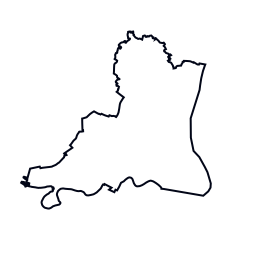 Phuc Tho, Ha Noi, Vietnam (Robinson projection), rotated 102°
{"feature_id": "81297802B65234108276491", "entity_name": "Phuc Tho", "entity_type": "district", "adm_level": 2, "iso_a3": "VNM", "parent_name": "Vietnam", "parent_adm1": "Ha Noi", "projection": "robinson", "projection_center": [105.577, 21.11], "detail": "fine", "context": "isolated", "style": "outline", "palette": "ink", "viewbox_px": 256, "rotation_deg": 102, "n_neighbors": 0, "source": "geoboundaries", "source_scale": "gbopen_adm2", "svg_char_len": 5821}
<svg xmlns="http://www.w3.org/2000/svg" viewBox="0 0 256 256"><g transform="rotate(102 128 128)"><path d="M178.6,40.3L173.3,36.3L169.2,34.9L165.0,35.5L154.7,41.1L150.2,44.7L141.6,52.2L136.8,59.1L124.4,64.5L105.5,68.7L75.9,65.9L71.4,66.3L64.1,66.7L56.6,66.5L51.0,65.8L49.8,65.6L50.0,71.5L51.2,71.8L51.4,73.3L50.0,77.3L50.5,77.5L49.9,80.3L49.8,81.2L50.2,84.3L50.7,87.2L51.4,87.1L51.5,87.7L51.9,87.8L52.0,88.3L53.5,88.3L54.5,88.9L55.9,89.0L57.0,92.6L57.6,93.3L58.1,93.6L59.2,93.6L59.4,93.8L59.8,94.5L60.3,95.8L59.0,96.0L58.8,96.6L57.7,97.0L55.3,99.3L55.1,99.8L54.9,100.4L55.0,101.2L54.9,101.8L54.7,102.1L53.9,102.9L52.8,101.4L52.3,102.0L51.4,101.0L50.3,102.2L50.8,102.9L50.3,103.4L50.0,103.5L47.8,101.0L47.2,101.9L47.8,103.3L47.2,103.6L47.0,103.9L46.9,104.3L46.7,106.4L45.6,107.9L45.5,108.5L44.7,108.8L44.3,108.7L43.7,108.3L43.0,107.3L41.8,108.2L40.7,109.3L40.4,110.1L40.0,110.2L39.8,109.9L38.4,109.3L38.0,109.6L37.1,110.8L37.6,111.6L37.7,112.1L37.8,113.2L37.8,114.5L37.6,114.9L36.4,116.2L35.6,117.6L35.2,118.3L35.1,118.8L35.1,119.3L35.3,119.5L34.5,119.3L34.3,119.8L35.1,121.2L35.0,122.3L34.1,122.3L34.2,122.8L33.3,123.5L32.7,124.5L33.4,126.1L34.2,126.6L34.0,127.8L34.1,128.1L34.2,128.3L34.9,128.5L35.0,128.8L35.1,129.2L35.1,129.7L34.4,130.1L34.0,130.8L34.9,132.4L38.6,132.5L38.1,134.8L38.1,135.2L38.7,136.4L38.7,136.9L38.3,137.7L38.3,138.3L38.2,138.6L38.0,139.0L37.9,139.5L36.1,141.8L35.8,141.6L35.4,141.6L34.8,142.5L34.5,142.8L33.9,142.7L33.3,142.7L32.6,143.0L32.9,143.8L33.5,143.7L33.8,143.9L34.1,144.6L34.1,145.1L34.1,145.4L33.2,145.8L33.3,146.5L33.6,146.7L33.6,146.8L33.7,147.6L33.9,147.9L34.1,147.9L34.9,147.7L35.3,147.8L35.9,147.9L36.3,147.9L37.9,147.5L38.5,147.1L39.4,146.8L40.1,146.6L40.3,146.4L40.2,145.7L40.1,144.8L40.3,144.6L40.6,144.6L41.2,144.9L42.0,145.6L42.8,146.5L43.4,147.0L43.8,147.2L45.0,147.7L45.1,147.9L45.0,148.5L44.6,148.7L43.7,148.7L43.5,149.0L43.6,149.3L45.1,150.6L45.3,150.9L45.6,151.9L45.9,152.3L46.4,152.9L48.4,154.2L48.7,154.3L49.0,154.2L49.8,153.8L50.0,153.6L49.8,153.1L49.7,152.7L49.9,152.2L50.2,151.8L51.2,152.0L51.2,151.6L51.6,151.7L52.0,152.0L52.0,152.5L51.6,153.5L51.7,154.0L52.2,154.3L53.3,154.4L54.2,154.2L54.5,154.2L55.2,154.6L55.3,154.6L55.8,154.3L56.6,154.2L57.0,154.5L57.2,155.4L57.4,155.5L58.8,155.6L59.1,155.8L59.3,155.8L59.6,155.6L61.3,155.1L62.2,155.1L63.0,155.4L63.4,155.4L63.5,155.1L63.5,154.5L63.7,154.1L64.4,152.6L65.5,152.6L66.5,153.1L67.4,154.1L68.2,154.5L69.1,154.6L71.7,154.2L75.5,153.5L77.7,153.2L78.5,150.9L79.2,149.6L80.3,149.3L80.7,149.1L81.0,148.6L81.7,146.9L81.9,146.6L82.4,147.0L82.6,148.1L82.7,148.4L83.0,148.5L85.0,149.6L85.9,149.3L86.0,149.2L86.5,147.8L86.7,147.5L86.8,147.5L87.7,148.3L88.1,148.4L89.1,147.9L89.0,147.0L89.0,146.6L89.1,146.3L89.6,145.4L90.4,145.5L91.6,145.4L91.9,145.8L92.1,145.9L93.5,145.6L95.0,146.6L96.4,143.8L98.9,138.5L100.7,139.3L104.6,140.7L106.4,140.9L110.9,140.6L114.8,140.5L117.1,140.9L118.6,141.4L119.5,141.8L119.3,142.2L119.6,142.3L119.2,143.3L119.2,144.0L119.2,144.8L119.7,146.2L119.7,146.8L119.6,147.0L119.4,148.8L120.8,149.3L120.5,152.5L120.2,154.3L119.6,156.9L120.5,157.7L120.1,159.4L120.3,159.7L118.8,164.7L120.1,166.1L121.3,167.2L122.3,168.1L126.1,170.7L128.1,174.3L128.3,174.8L133.0,173.7L139.1,172.2L139.2,171.6L140.6,171.2L141.1,172.4L141.7,174.8L141.9,175.0L143.0,175.3L144.2,175.9L145.9,176.4L148.4,176.6L149.3,176.9L149.9,177.3L150.8,178.0L152.0,178.8L154.2,179.7L156.1,180.6L156.9,181.1L158.9,178.3L166.2,185.2L166.9,184.5L165.9,183.6L167.2,182.5L168.4,184.5L170.1,184.5L170.9,185.1L176.1,188.2L177.0,189.2L178.6,190.5L179.4,191.4L181.2,194.0L181.6,194.4L182.4,196.6L183.2,199.0L184.6,203.1L185.5,205.3L184.1,206.3L188.1,215.3L197.6,215.9L197.3,219.6L197.9,220.0L198.3,219.8L198.6,219.0L199.3,217.8L199.4,215.8L200.4,215.7L200.5,215.8L200.7,216.1L201.7,216.2L201.9,216.2L202.3,215.9L202.5,215.7L202.4,214.2L202.6,213.1L204.2,213.0L204.4,213.9L204.3,214.9L204.1,215.8L203.8,217.6L202.6,218.1L202.5,218.9L202.7,220.8L203.8,221.1L204.1,220.4L204.4,219.4L205.3,217.4L205.8,216.8L206.6,216.2L206.2,215.5L205.8,215.1L205.5,214.5L205.5,213.7L205.6,212.5L205.5,211.0L205.6,210.1L205.3,206.1L205.3,204.8L205.2,203.3L204.5,200.5L203.5,197.6L203.0,196.4L202.1,195.0L201.1,191.8L201.0,190.7L201.3,190.2L201.9,189.7L201.8,189.3L201.6,188.9L201.6,188.7L202.0,188.4L202.6,188.0L203.0,188.0L203.4,188.1L203.6,188.4L203.8,188.9L204.0,188.8L204.2,188.5L204.5,188.4L204.8,188.6L205.3,188.5L205.5,188.5L205.9,189.0L206.2,190.1L206.9,190.9L207.6,191.4L208.4,191.8L209.0,192.4L210.0,193.6L212.1,195.3L212.8,195.7L214.1,196.2L217.6,197.1L218.3,197.1L219.1,197.0L221.0,196.0L221.7,195.4L222.6,194.2L223.2,193.0L223.3,192.2L223.4,189.8L223.3,189.0L223.2,188.5L223.0,188.1L222.1,186.8L221.6,186.3L220.5,185.3L220.1,185.0L219.6,184.1L218.9,183.0L217.3,179.5L216.9,179.1L216.3,178.7L215.6,178.5L215.3,178.5L214.7,178.9L213.9,180.2L213.4,180.7L212.2,181.2L208.6,183.4L207.8,183.7L206.6,183.8L205.4,183.6L204.2,183.3L203.4,182.8L202.2,181.9L201.5,181.2L200.9,179.8L200.6,178.8L200.5,176.7L200.1,173.6L199.8,171.7L199.7,170.3L200.1,166.8L200.2,164.8L200.1,163.4L199.4,161.1L199.4,160.7L199.5,160.1L199.9,158.3L200.3,157.5L201.3,156.5L202.1,155.5L202.4,154.3L202.2,152.8L201.2,150.4L200.1,148.1L199.4,147.2L197.5,145.2L192.9,142.1L192.0,141.8L189.7,141.2L188.4,140.6L188.6,139.5L187.7,139.3L189.8,131.7L192.3,133.7L193.6,128.0L191.0,127.4L191.2,126.6L191.3,125.7L187.3,124.4L183.3,123.5L183.0,123.4L181.0,121.0L179.9,120.3L178.9,119.6L177.0,117.9L176.2,116.8L176.0,116.2L176.0,115.0L176.1,114.4L176.8,113.3L177.4,112.8L180.9,110.7L181.9,109.7L182.6,109.0L183.0,108.2L183.2,107.3L183.0,106.3L182.4,104.5L181.1,102.5L179.6,100.8L177.5,98.8L175.9,96.9L175.1,95.6L174.8,94.9L174.8,93.9L175.0,92.1L176.0,89.3L176.7,87.7L177.4,86.2L178.8,83.9L179.3,83.3L179.7,82.9L180.5,82.7L180.2,80.4L178.6,40.3Z" fill="none" stroke="#020617" stroke-width="2"/></g></svg>